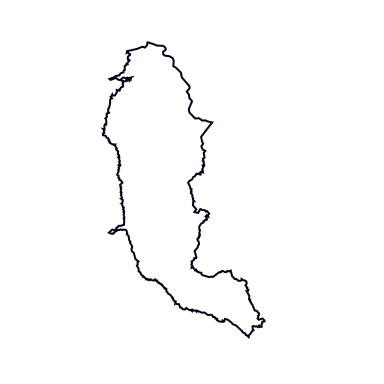 the district of San Pablo, Bolívar, Colombia, rotated 307°
{"feature_id": "7082276B74291160895840", "entity_name": "San Pablo", "entity_type": "district", "adm_level": 2, "iso_a3": "COL", "parent_name": "Colombia", "parent_adm1": "Bolívar", "projection": "natural_earth1", "projection_center": [-74.204, 7.362], "detail": "fine", "context": "isolated", "style": "outline", "palette": "ink", "viewbox_px": 384, "rotation_deg": 307, "n_neighbors": 0, "source": "geoboundaries", "source_scale": "gbopen_adm2", "svg_char_len": 5988}
<svg xmlns="http://www.w3.org/2000/svg" viewBox="0 0 384 384"><g transform="rotate(307 192 192)"><path d="M99.1,225.4L99.1,229.0L98.6,228.8L99.0,230.0L97.2,231.3L97.1,233.1L96.4,234.3L96.8,236.3L96.1,239.6L95.4,240.2L95.7,240.8L94.3,242.3L94.0,241.9L94.6,243.2L94.2,244.2L94.7,244.8L93.0,245.7L93.5,245.8L93.2,247.0L94.6,249.2L92.6,252.0L93.3,253.0L92.8,255.2L94.1,257.2L95.9,257.2L96.1,260.9L96.9,261.9L96.9,263.6L98.1,262.8L98.4,263.2L98.1,264.5L99.5,266.3L99.2,267.7L100.2,267.3L101.6,272.6L103.2,274.4L103.3,278.7L105.5,281.2L105.8,282.4L104.8,283.9L105.7,285.2L105.6,286.4L105.0,286.8L105.9,288.5L104.7,289.0L104.9,291.4L106.6,294.5L107.7,293.8L107.9,296.3L108.3,295.3L110.5,294.7L111.6,297.6L111.4,303.1L110.9,303.9L111.9,307.5L111.0,316.1L110.4,317.0L111.1,319.6L110.1,321.1L110.6,321.9L110.2,324.6L112.3,323.7L114.0,324.1L117.0,323.7L118.7,324.3L119.1,323.0L121.1,321.2L122.0,321.7L122.4,323.2L123.6,324.4L123.8,326.1L125.6,326.0L125.0,327.2L125.7,328.3L126.4,328.7L127.7,327.3L129.6,327.0L130.6,326.2L132.4,327.8L133.1,326.9L133.4,324.4L130.1,322.1L130.4,320.5L132.0,320.3L132.9,319.2L134.0,319.5L135.4,318.4L136.0,315.1L135.1,313.4L138.6,307.6L138.6,306.6L139.7,305.1L139.5,304.2L140.6,303.5L140.2,303.3L140.6,302.2L143.5,300.3L145.6,295.6L145.9,296.4L147.9,295.8L147.6,295.0L148.4,293.5L148.9,293.6L149.5,290.9L151.1,291.0L153.0,289.7L153.4,288.3L152.4,285.9L152.4,284.1L151.8,284.6L150.2,284.1L149.0,282.5L149.2,279.6L148.4,278.9L148.2,277.5L148.8,276.6L148.8,274.9L152.5,270.2L151.1,269.7L150.2,267.6L148.9,267.8L147.9,266.7L147.4,264.1L146.6,263.2L145.3,263.4L144.5,262.8L144.4,262.0L136.6,259.8L136.4,258.6L134.6,257.4L132.1,251.1L131.9,249.4L133.1,248.0L132.0,246.2L132.1,245.0L131.6,244.6L132.3,242.4L131.8,242.6L131.7,241.6L131.3,241.6L132.4,238.5L131.1,237.3L132.9,236.3L133.4,236.6L133.9,235.0L135.4,234.8L136.3,233.5L138.8,234.4L140.6,233.6L141.6,235.1L142.5,234.8L146.4,229.6L151.1,229.9L152.6,229.1L154.3,229.2L156.2,227.5L157.1,225.0L158.3,224.5L159.0,225.1L161.1,223.9L161.7,224.1L161.5,224.5L162.6,224.2L163.2,222.7L166.4,221.3L166.4,220.4L168.7,218.6L172.1,218.3L174.7,219.5L175.5,218.8L176.0,219.3L177.2,219.2L178.6,220.5L179.5,220.2L180.5,217.6L182.0,217.7L181.6,218.4L182.0,219.8L182.6,218.8L185.1,218.7L185.8,215.5L184.7,214.9L185.1,213.1L184.0,211.4L183.4,208.9L178.9,209.5L177.5,206.0L180.8,205.8L181.8,201.0L184.5,199.0L185.9,199.6L186.3,197.3L187.8,196.7L188.2,195.3L189.8,194.2L190.5,191.6L191.9,191.7L192.2,190.5L194.0,190.0L193.7,188.7L194.8,187.7L197.1,183.3L199.0,183.2L202.4,184.5L204.6,184.0L206.4,184.9L207.5,184.6L207.4,184.1L207.9,184.8L209.3,184.5L211.1,188.4L211.7,188.2L212.0,186.6L213.8,187.1L214.2,188.7L214.7,187.9L215.4,188.0L216.1,186.6L218.3,186.2L219.5,184.7L220.2,186.0L221.4,185.1L221.4,184.4L223.0,183.5L223.3,181.9L224.3,182.0L225.1,180.7L227.1,181.3L230.1,177.9L232.8,177.9L232.3,175.4L233.6,172.6L234.3,171.9L237.3,171.9L238.2,169.8L241.5,166.1L259.7,166.2L257.8,162.1L257.2,159.4L255.3,157.4L255.1,153.2L252.6,150.2L253.9,142.3L255.0,140.6L256.9,139.4L264.2,137.5L264.8,136.8L265.4,133.4L268.0,130.8L269.0,127.4L273.2,127.7L275.0,126.3L277.4,114.9L280.7,111.3L281.6,104.6L281.3,101.3L286.0,98.3L287.3,95.9L286.8,92.1L284.6,88.4L284.7,86.0L286.8,84.5L289.6,85.4L290.8,84.6L291.4,83.0L291.2,80.7L287.8,75.8L286.8,71.7L285.6,68.9L285.5,67.5L284.5,66.4L282.3,67.8L278.9,67.4L278.2,65.0L273.2,62.0L265.3,55.3L263.9,56.1L265.1,56.5L264.5,58.0L264.8,59.7L264.1,60.1L261.7,59.4L260.6,59.9L259.3,61.1L259.8,61.4L259.5,63.0L255.8,62.7L255.3,63.6L254.5,62.6L253.8,63.1L252.1,62.4L249.2,64.8L247.8,64.4L246.4,65.3L243.9,63.6L241.4,63.7L238.6,61.2L237.5,61.2L232.6,58.1L232.6,59.6L237.3,62.6L237.3,65.6L238.6,68.3L239.4,67.5L242.1,68.2L242.9,70.3L244.4,71.5L244.2,72.1L247.1,74.7L246.2,74.5L244.6,75.5L244.1,74.1L243.9,75.1L243.4,75.1L243.6,74.3L243.2,74.6L243.3,73.8L242.7,73.6L243.4,73.2L242.6,73.1L242.1,72.0L240.4,72.3L238.8,70.6L239.3,70.0L238.8,69.4L237.1,71.6L236.5,71.6L236.1,72.6L234.5,73.5L233.3,72.6L230.5,72.4L230.0,73.2L229.1,72.9L228.2,70.5L226.7,71.9L222.8,72.4L221.4,70.8L222.0,69.6L220.1,70.1L219.2,69.7L218.6,71.7L217.9,70.9L216.2,71.2L213.4,73.3L209.4,75.1L208.0,75.0L205.6,76.8L205.3,78.0L203.3,76.7L202.8,77.4L201.8,77.5L200.9,78.9L198.6,78.6L198.5,79.3L196.8,81.1L194.2,82.9L193.6,81.7L192.3,82.0L189.4,84.5L188.8,83.2L188.5,84.7L187.1,85.2L186.6,86.4L185.3,85.8L183.8,86.7L184.9,89.4L184.0,91.1L184.6,92.6L184.0,93.0L183.8,94.5L182.8,94.6L182.8,96.1L181.8,96.5L182.2,99.9L183.0,100.9L182.7,101.5L183.8,102.2L182.2,103.4L181.5,105.8L180.4,105.8L180.0,108.5L177.5,110.1L177.6,111.3L176.8,111.5L176.7,112.3L175.3,112.3L175.6,113.4L174.2,114.1L173.2,115.9L172.0,115.7L170.7,118.1L169.5,117.4L169.7,118.7L167.4,118.6L166.6,119.9L165.2,119.7L164.6,120.9L160.7,121.8L160.7,123.7L159.5,124.3L159.4,125.4L158.7,125.4L158.5,126.5L158.0,126.7L158.5,128.1L157.6,130.8L154.2,130.3L153.4,132.2L152.5,132.2L152.3,133.4L149.9,134.4L149.3,135.8L148.5,135.5L148.1,136.7L146.4,137.3L146.3,138.2L144.5,140.2L144.0,139.7L143.9,141.6L141.3,143.0L140.4,142.7L140.6,143.3L139.3,144.3L138.5,146.8L138.0,146.4L137.3,147.4L136.6,147.5L136.4,148.5L134.9,149.3L135.2,149.9L132.6,151.1L131.2,153.1L130.2,153.7L129.7,153.4L128.9,154.7L124.9,157.4L121.7,155.1L120.8,153.7L119.9,154.0L118.0,153.2L115.4,153.9L114.0,150.9L109.5,150.1L110.0,152.4L111.0,154.0L111.7,154.4L112.5,153.9L115.7,155.3L116.9,155.2L117.6,156.6L119.2,157.5L119.6,159.1L120.8,159.9L122.0,162.5L120.3,165.0L119.0,165.3L118.8,167.8L115.8,170.7L115.2,172.8L114.2,172.9L112.7,176.7L111.5,177.7L110.4,177.7L108.4,179.8L108.5,182.0L104.4,187.2L104.3,191.1L103.2,190.8L101.3,192.3L100.0,192.2L98.8,195.3L96.5,197.2L96.7,199.0L95.4,201.2L95.5,203.6L94.8,203.9L95.4,204.5L95.0,206.3L95.4,207.6L94.7,207.9L95.6,208.9L95.3,210.0L96.3,210.2L96.1,211.2L97.5,211.6L97.4,213.1L98.5,215.0L99.8,214.9L100.2,215.5L99.6,216.7L100.1,217.4L99.4,217.8L99.7,219.4L99.2,220.0L99.8,220.7L99.4,222.5L100.0,223.1L99.5,224.2L99.8,224.7L99.1,225.4Z" fill="none" stroke="#020617" stroke-width="2"/></g></svg>